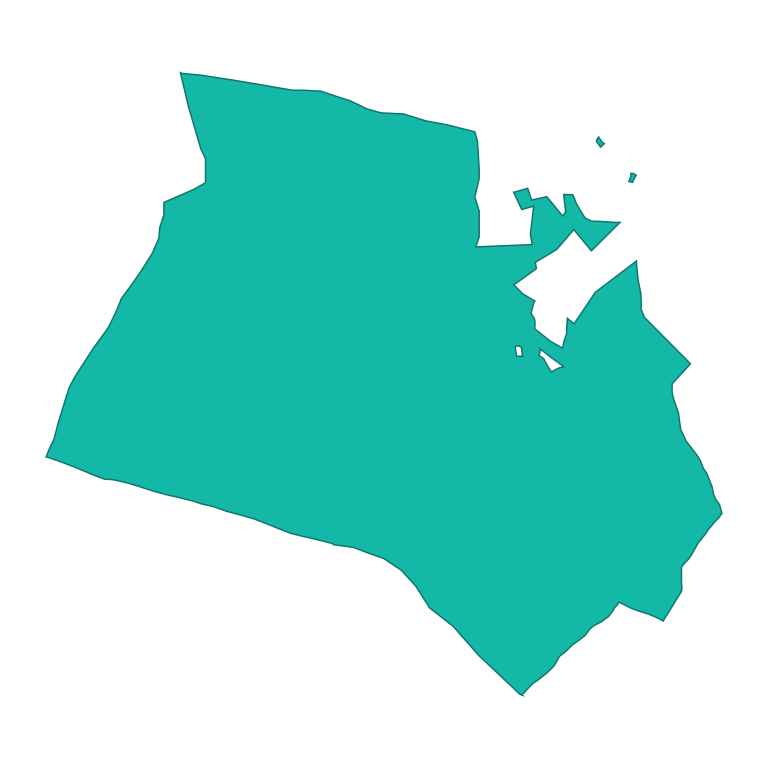 Pegunungan Arfak, Papua Barat, Indonesia (Robinson projection)
{"feature_id": "22746128B30560862468368", "entity_name": "Pegunungan Arfak", "entity_type": "district", "adm_level": 2, "iso_a3": "IDN", "parent_name": "Indonesia", "parent_adm1": "Papua Barat", "projection": "robinson", "projection_center": [133.846, -1.202], "detail": "fine", "context": "isolated", "style": "filled", "palette": "teal", "viewbox_px": 768, "rotation_deg": 0, "n_neighbors": 0, "source": "geoboundaries", "source_scale": "gbopen_adm2", "svg_char_len": 5020}
<svg xmlns="http://www.w3.org/2000/svg" viewBox="0 0 768 768"><path d="M180.4,72.7L188.7,107.4L200.8,148.8L205.5,158.7L205.5,169.4L205.5,181.7L205.5,182.8L200.0,185.9L194.2,189.2L188.5,191.7L163.9,202.5L163.9,214.7L159.7,227.9L158.9,238.3L155.2,246.6L152.9,251.9L152.2,253.3L142.2,269.4L133.1,282.6L121.4,298.6L120.0,302.1L115.6,312.8L108.1,327.9L99.0,340.5L93.1,348.6L74.8,376.9L68.9,388.3L63.1,407.1L60.6,415.3L58.1,423.2L54.0,439.2L49.0,449.6L46.1,456.9L46.5,457.0L49.0,457.7L62.0,462.3L75.0,467.2L91.9,474.4L104.4,479.1L107.6,479.3L112.2,479.6L119.6,481.1L123.1,481.9L126.7,482.7L138.6,486.3L140.6,487.0L150.6,490.2L153.4,491.1L163.3,493.9L164.4,494.3L176.4,496.9L193.4,501.1L196.2,502.1L201.6,503.9L213.7,506.7L224.5,510.5L227.3,511.5L240.6,515.0L244.9,516.3L254.0,518.9L262.3,522.1L266.8,523.8L273.9,526.7L282.4,530.1L289.8,532.9L291.5,533.5L299.7,535.6L301.8,536.1L317.1,539.6L333.4,543.8L333.4,544.0L333.3,544.3L333.3,544.7L339.0,545.4L353.3,547.4L369.5,553.5L383.9,558.6L388.2,561.5L401.4,570.3L408.0,577.6L415.7,586.0L423.8,598.7L429.6,607.9L437.7,614.2L453.0,626.2L458.5,632.4L468.9,644.2L479.0,655.7L481.7,658.2L483.9,660.3L488.0,664.1L519.9,694.3L520.9,694.7L522.6,695.3L522.1,694.7L521.8,694.3L523.7,693.3L527.1,689.4L532.9,683.4L537.2,680.6L542.7,676.2L546.4,673.3L547.3,672.5L553.0,667.1L555.1,664.2L556.9,661.1L559.4,656.4L565.9,651.3L567.4,649.8L570.4,646.9L572.5,644.8L576.8,641.8L578.2,640.9L585.3,635.2L589.9,628.9L594.0,625.6L595.6,624.8L597.0,624.0L601.4,621.7L608.5,616.5L611.7,612.3L613.3,610.3L614.9,607.1L617.2,605.1L619.0,602.0L623.8,604.5L624.8,605.0L630.3,607.8L631.6,608.4L637.8,610.6L639.6,611.3L644.1,612.7L649.3,614.4L656.1,617.3L663.4,621.0L663.4,620.6L669.0,611.6L670.6,609.0L674.8,602.1L681.3,591.7L681.1,591.5L680.9,591.3L681.8,590.1L681.8,588.5L681.8,586.5L681.5,582.3L681.5,577.1L681.5,572.6L681.5,568.0L681.8,567.0L682.1,566.1L685.8,561.9L689.0,558.6L692.1,553.8L693.5,551.2L695.0,548.6L697.9,543.4L704.7,534.9L708.7,529.1L710.4,527.1L712.8,524.2L716.5,520.0L719.3,517.1L720.8,514.8L721.1,514.5L721.4,514.2L721.9,513.7L721.0,510.1L719.6,504.8L717.3,501.5L715.9,499.6L713.6,494.4L712.6,489.7L712.5,489.0L711.9,486.3L710.2,482.1L709.2,479.6L708.8,478.6L708.3,477.2L706.7,473.3L704.5,470.0L704.2,469.7L703.6,468.8L700.2,460.3L699.3,459.0L697.0,455.1L691.3,447.8L686.4,441.5L683.5,435.4L680.7,429.5L678.4,412.7L677.8,411.0L674.1,400.3L673.3,397.5L672.7,395.1L672.0,390.7L672.2,387.5L672.2,385.7L672.1,383.8L672.1,383.7L672.3,383.7L677.2,378.3L690.5,363.8L687.5,360.7L684.9,358.1L678.7,351.9L674.8,348.0L674.8,347.9L662.0,335.1L659.8,332.8L655.8,328.8L644.0,316.9L643.9,316.1L643.8,315.8L643.7,315.6L642.5,312.7L641.8,310.9L641.4,309.6L641.0,308.6L641.4,305.4L641.0,298.9L640.7,292.8L638.2,280.6L636.9,268.0L636.7,266.7L636.4,261.0L612.0,279.6L611.9,279.7L595.4,292.2L595.3,292.3L574.1,323.8L567.4,318.4L566.8,326.0L566.6,333.8L564.0,341.2L562.6,348.2L555.8,344.3L550.5,341.3L546.2,337.9L534.6,328.8L534.7,327.7L534.9,326.5L535.0,323.5L534.9,320.5L534.0,317.9L532.7,316.0L532.4,315.5L531.4,313.9L531.0,313.6L532.5,307.6L533.8,302.7L534.9,301.1L529.2,297.7L524.4,294.8L523.0,294.0L513.8,284.9L522.4,278.7L530.6,272.8L536.4,268.6L535.7,264.4L535.3,262.3L556.7,249.5L558.8,247.0L571.3,232.5L573.7,229.5L591.4,250.8L620.0,222.4L614.8,222.4L603.3,221.6L599.0,221.4L591.5,221.2L585.0,217.9L584.1,216.5L581.1,211.6L580.7,211.0L576.4,203.7L575.5,201.4L574.1,197.9L572.8,194.7L563.7,194.5L565.7,211.9L562.6,216.0L552.8,204.0L550.5,201.2L549.3,199.8L547.8,198.0L546.7,196.7L537.0,198.9L534.1,199.5L531.6,200.0L527.7,188.3L514.9,192.0L513.6,192.2L518.5,202.6L520.9,207.7L521.8,209.5L533.6,206.2L533.7,206.4L531.9,221.5L530.4,234.2L532.2,244.6L475.8,246.9L479.2,236.7L479.2,223.9L479.2,223.0L479.2,211.0L474.8,197.1L475.1,195.9L477.4,186.2L479.2,178.3L479.2,175.9L479.2,175.6L479.2,169.4L478.3,155.0L478.3,154.5L477.5,142.2L477.4,140.7L476.0,135.8L474.9,132.2L474.8,131.8L466.5,129.7L460.3,128.2L457.0,127.3L446.8,124.8L445.1,124.5L439.4,123.4L429.8,121.6L425.8,120.9L411.0,116.3L403.1,113.9L397.7,113.7L391.8,113.4L381.3,112.9L375.3,111.3L367.3,109.0L363.5,107.2L359.0,105.0L350.7,101.1L338.4,97.1L338.2,97.0L335.1,96.0L321.0,91.2L320.9,91.2L304.5,90.3L301.7,90.2L294.7,90.2L292.1,90.2L271.4,86.6L269.4,86.2L237.2,80.8L234.5,80.3L234.4,80.3L219.2,78.0L205.5,75.9L202.0,75.3L192.7,74.4L181.9,73.4L180.4,72.7ZM552.7,371.3L551.7,372.3L548.3,367.2L547.8,366.3L545.1,361.5L543.8,358.7L539.0,355.5L540.1,351.3L540.1,348.7L541.7,350.1L546.8,354.1L551.4,357.7L552.3,358.3L562.8,365.9L563.8,366.7L559.9,367.6L556.3,369.2L553.1,371.0L552.7,371.3ZM522.3,354.5L522.9,356.3L516.6,356.2L515.1,346.6L519.2,345.5L519.4,346.4L521.6,347.2L521.6,349.3L522.3,354.5ZM628.9,181.5L632.6,182.3L633.1,180.8L634.3,178.6L636.2,175.2L634.9,174.3L633.2,173.5L632.0,173.3L631.0,173.4L630.8,176.5L630.0,178.6L628.9,181.5ZM598.9,144.8L600.6,147.1L604.3,143.7L602.2,142.0L601.7,141.6L601.5,141.4L598.7,137.1L597.0,139.1L596.4,141.6L597.1,142.4L598.8,144.6L598.9,144.8Z" fill="#14b8a6" stroke="#0f766e" stroke-width="1.5"/></svg>